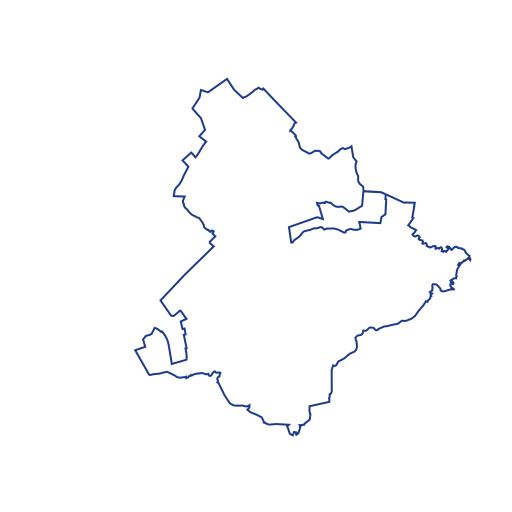 outline of Orasu Nou, Satu Mare, Romania, rotated 138°
{"feature_id": "2599482B36409270859470", "entity_name": "Orasu Nou", "entity_type": "district", "adm_level": 2, "iso_a3": "ROU", "parent_name": "Romania", "parent_adm1": "Satu Mare", "projection": "equal_earth", "projection_center": [23.287, 47.846], "detail": "fine", "context": "isolated", "style": "outline", "palette": "blue", "viewbox_px": 512, "rotation_deg": 138, "n_neighbors": 0, "source": "geoboundaries", "source_scale": "gbopen_adm2", "svg_char_len": 6126}
<svg xmlns="http://www.w3.org/2000/svg" viewBox="0 0 512 512"><g transform="rotate(138 256 256)"><path d="M299.2,98.6L297.4,100.3L297.0,101.4L296.0,101.7L293.9,103.8L293.5,104.0L292.9,103.6L290.5,104.5L276.6,120.0L275.5,121.0L271.9,123.1L270.9,121.5L269.7,121.2L269.0,121.2L265.7,122.5L264.7,122.5L263.0,121.8L258.4,120.8L253.7,120.8L250.4,120.3L247.6,119.2L245.1,119.1L242.8,120.1L241.6,121.1L238.5,125.2L237.8,127.2L236.9,128.6L235.8,129.0L233.5,128.8L230.9,127.1L228.6,127.1L226.1,128.8L224.8,127.3L223.9,126.7L219.9,126.8L218.4,126.0L216.9,124.1L216.6,123.6L216.8,121.2L215.9,119.9L214.9,119.6L213.6,119.8L207.6,117.7L205.8,116.3L200.3,113.4L195.9,110.7L190.9,110.3L190.2,109.7L189.6,108.6L186.6,106.8L184.7,106.4L183.4,105.5L178.1,105.0L172.1,106.4L164.9,107.3L159.9,108.7L159.2,107.2L157.7,107.9L155.0,107.9L153.6,109.1L152.5,108.9L152.4,110.1L152.1,110.4L150.3,110.3L151.2,112.1L151.1,112.8L150.0,112.9L148.1,112.3L147.2,113.5L146.2,114.0L144.7,116.3L143.4,116.7L141.2,114.5L140.8,112.9L140.8,109.0L141.1,107.8L141.9,106.7L141.2,105.0L139.4,103.6L133.7,101.0L131.6,98.9L131.2,98.9L131.2,100.1L132.1,101.5L131.4,102.4L131.5,103.6L131.1,104.0L131.1,104.5L129.5,105.4L128.4,103.3L127.8,103.3L127.3,103.8L127.1,105.6L128.3,106.8L127.9,107.7L124.0,106.9L123.0,106.4L122.3,105.5L121.5,106.2L120.5,106.5L120.4,107.5L117.0,110.3L114.8,111.7L111.0,112.7L111.7,114.2L109.7,114.8L109.2,113.2L107.7,113.7L107.0,113.1L104.4,113.5L104.4,112.8L102.6,112.7L102.4,112.4L99.9,112.5L99.4,110.6L99.6,109.7L98.8,110.1L98.2,112.6L97.3,113.1L97.8,115.6L97.9,118.5L97.2,119.5L97.3,122.0L98.2,123.1L98.1,124.1L100.3,126.4L100.0,126.8L101.1,128.5L101.0,129.0L102.9,129.8L106.6,129.7L106.8,130.6L106.3,132.7L106.3,133.6L107.5,135.3L108.5,135.1L108.5,134.5L107.9,133.2L108.5,132.4L112.7,131.8L111.9,132.4L112.0,133.0L113.0,134.0L114.0,133.9L114.0,134.7L114.8,135.3L112.9,136.8L112.6,137.6L112.7,138.8L113.8,139.1L115.0,138.9L115.4,140.2L117.6,141.1L117.5,141.5L116.0,143.0L116.0,143.3L117.7,144.7L121.0,145.8L121.3,147.1L122.2,148.3L122.4,149.3L121.4,150.3L121.0,151.6L121.2,152.0L124.0,153.6L123.9,154.1L122.4,154.9L121.9,156.1L123.6,158.5L123.9,159.5L123.5,160.0L121.8,160.2L121.6,162.1L122.5,163.4L124.2,163.7L124.9,164.2L125.4,165.6L125.4,167.0L124.9,167.5L123.0,167.3L119.6,168.1L121.9,174.0L122.0,176.3L122.3,176.9L113.6,178.9L114.0,180.1L105.2,186.9L105.4,187.1L102.4,189.3L109.2,195.8L109.4,195.7L110.3,196.5L120.3,219.7L132.6,232.2L130.1,235.7L130.0,236.3L130.6,239.5L130.5,241.2L129.9,243.4L126.7,246.9L125.3,251.2L123.3,254.6L121.0,257.2L118.0,258.9L117.7,263.8L117.5,264.5L111.7,273.6L112.9,273.6L118.2,275.7L118.6,276.5L119.0,277.9L121.2,278.8L123.5,278.9L125.0,278.7L132.0,279.9L136.7,279.7L137.1,280.1L138.8,288.9L138.2,290.7L138.9,291.6L139.1,292.5L140.4,293.2L141.4,294.6L146.7,295.7L147.9,296.5L150.5,303.4L150.9,306.5L150.5,307.8L148.9,310.5L148.0,312.8L147.5,316.3L146.6,317.7L146.9,318.5L145.9,318.7L145.8,319.0L145.9,322.9L146.4,325.6L146.9,325.9L146.0,326.7L144.0,326.5L143.0,327.1L141.0,327.4L139.7,328.5L138.6,328.7L137.0,328.3L138.1,359.0L138.5,375.6L139.9,375.3L141.1,377.7L141.4,379.3L144.0,379.7L145.5,380.3L148.6,380.2L156.6,381.0L158.7,382.0L160.1,382.2L161.0,394.6L159.0,407.0L182.2,409.8L185.8,416.2L192.2,411.4L204.4,408.2L204.6,408.0L204.7,395.2L209.5,383.8L218.0,382.9L216.5,374.3L221.0,373.6L231.9,370.3L234.9,369.8L234.9,376.2L246.6,376.2L246.5,367.6L255.6,364.2L260.6,361.9L265.3,360.5L269.6,360.2L272.6,359.2L277.1,355.5L269.2,347.9L273.5,345.9L274.6,344.3L274.7,343.0L275.7,342.0L276.4,339.5L276.0,336.7L276.3,334.3L276.1,329.8L273.9,324.1L272.8,322.2L273.4,316.1L273.9,315.0L274.0,314.1L274.5,313.6L275.2,312.3L275.2,311.0L274.7,308.0L274.1,307.9L273.9,307.1L274.1,306.3L273.8,305.5L273.9,304.7L273.5,304.3L272.1,304.6L271.1,303.6L271.0,302.6L273.3,301.7L273.1,297.8L280.9,297.5L281.6,296.7L281.0,291.4L321.2,289.8L356.7,286.9L359.0,268.3L357.4,266.6L353.4,266.3L349.1,266.3L348.6,265.9L349.8,255.8L355.7,257.7L359.5,250.8L357.6,249.9L360.8,244.8L362.4,245.7L369.3,233.9L370.2,234.5L373.5,229.3L376.6,225.7L377.2,225.5L390.8,232.1L380.1,248.8L378.0,253.1L376.8,257.7L376.3,262.6L376.4,262.9L377.1,262.9L378.1,267.9L379.4,270.4L385.6,268.0L387.8,268.5L391.3,270.3L395.7,269.6L399.1,262.6L408.8,266.8L414.8,239.6L414.6,238.9L414.3,238.4L410.7,236.4L406.6,233.3L400.0,229.8L399.4,229.0L398.1,226.0L396.3,221.4L395.5,218.3L393.2,215.7L392.0,215.2L390.1,213.6L388.8,213.2L389.5,211.9L387.5,211.2L386.5,211.6L385.1,210.8L383.9,211.1L383.6,210.1L381.5,209.7L379.2,208.5L374.4,205.1L371.9,201.0L370.4,200.6L370.3,200.0L370.9,198.4L370.0,197.3L369.0,197.2L366.7,198.0L364.8,198.2L363.7,197.6L363.9,196.4L363.5,195.7L361.2,194.0L360.8,193.4L360.7,192.8L361.0,192.6L362.9,191.9L363.6,191.0L365.6,191.3L366.6,191.0L367.2,190.2L367.7,188.8L369.3,187.9L368.8,186.9L372.6,173.4L374.0,164.0L372.8,160.4L372.2,159.4L368.0,155.4L366.3,154.2L364.7,151.7L363.2,150.1L360.7,149.5L362.4,147.8L365.2,147.5L364.7,143.7L361.6,137.3L359.7,132.2L361.0,127.8L361.7,127.0L360.7,125.9L360.9,125.3L359.0,121.8L353.5,117.7L344.5,108.6L347.0,108.5L347.6,106.0L348.7,104.0L349.8,101.1L348.7,98.2L345.5,99.7L344.1,97.9L344.5,97.0L345.3,96.9L345.6,96.2L343.5,95.8L339.0,98.2L338.0,99.4L337.1,99.4L336.8,101.1L333.1,98.4L332.5,98.9L325.6,98.5L321.4,102.0L321.3,103.0L320.7,103.7L320.1,105.0L316.7,108.5L299.2,98.6ZM141.6,197.2L156.5,212.2L157.1,211.6L157.4,210.5L160.0,206.3L162.9,207.5L163.9,208.3L166.2,210.6L166.8,211.8L167.8,213.0L171.6,214.6L173.1,214.2L173.7,213.7L174.3,213.9L174.9,214.5L176.9,219.8L178.2,222.2L180.0,224.7L185.3,229.1L187.6,230.0L187.8,233.0L188.4,234.1L192.6,236.1L194.5,237.9L197.7,238.9L203.6,242.1L204.8,242.3L211.1,241.4L217.2,242.2L219.7,241.5L220.8,242.4L212.2,255.4L184.6,243.9L181.6,238.7L175.6,251.2L176.4,252.3L175.1,254.7L173.2,252.1L171.7,251.6L170.5,250.8L169.8,249.6L169.3,249.3L168.4,249.8L167.7,249.6L165.7,246.2L164.8,245.7L164.6,242.6L164.1,240.6L163.3,238.9L161.7,237.2L158.8,235.1L158.0,231.8L157.3,226.9L153.5,224.5L151.2,223.7L143.5,222.4L132.9,232.2L120.3,219.5L118.3,214.9L121.8,211.7L121.4,210.9L131.9,200.4L136.6,201.0L141.6,197.2Z" fill="none" stroke="#1e3a8a" stroke-width="2"/></g></svg>